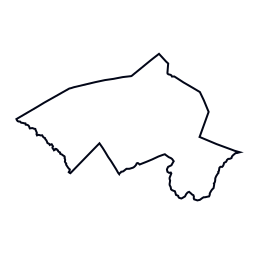 outline of Jenipapo dos Vieiras, Maranhão, Brazil, rotated 89°
{"feature_id": "56859067B54788790955635", "entity_name": "Jenipapo dos Vieiras", "entity_type": "district", "adm_level": 2, "iso_a3": "BRA", "parent_name": "Brazil", "parent_adm1": "Maranhão", "projection": "orthographic", "projection_center": [-45.494, -5.415], "detail": "fine", "context": "isolated", "style": "outline", "palette": "ink", "viewbox_px": 256, "rotation_deg": 89, "n_neighbors": 0, "source": "geoboundaries", "source_scale": "gbopen_adm2", "svg_char_len": 2932}
<svg xmlns="http://www.w3.org/2000/svg" viewBox="0 0 256 256"><g transform="rotate(89 128 128)"><path d="M200.5,63.1L201.0,61.6L201.6,59.9L201.1,57.4L199.4,55.0L198.6,53.7L198.6,52.3L198.2,50.3L198.0,49.3L197.8,48.1L196.1,47.4L194.9,47.4L192.7,46.2L191.4,45.3L190.7,44.7L189.6,43.5L186.0,42.8L184.9,43.1L184.3,42.4L183.4,42.1L182.4,41.8L181.3,41.7L179.8,41.6L178.6,41.1L177.4,40.5L176.5,39.9L175.3,39.1L174.4,38.3L173.5,38.6L172.4,37.8L171.0,37.6L169.4,37.3L168.4,36.3L168.5,34.5L167.5,33.6L166.2,33.0L164.6,32.6L164.1,31.8L163.6,30.6L162.6,30.0L161.7,29.6L160.6,28.3L160.6,26.8L159.9,25.1L158.2,24.5L157.1,23.5L155.0,20.9L154.9,19.4L154.4,17.5L154.2,16.6L152.6,21.9L151.7,24.1L145.6,39.8L138.2,56.6L136.7,56.0L113.3,47.1L101.6,51.7L94.4,55.0L93.3,55.5L88.9,62.6L83.4,71.7L81.7,74.2L78.0,79.7L77.3,80.8L77.3,83.2L76.2,83.7L75.6,84.5L75.0,86.7L74.3,87.5L73.4,87.6L64.2,86.7L62.2,88.8L54.4,95.7L58.5,101.2L60.4,103.7L74.2,121.2L75.8,123.2L76.2,124.0L77.0,132.3L78.1,138.7L78.6,141.5L79.7,150.2L81.6,160.0L86.3,181.5L87.1,184.1L87.5,186.0L101.3,211.5L104.7,217.3L117.1,239.4L118.1,239.0L119.2,238.2L119.6,237.2L119.7,235.8L120.8,234.8L121.0,233.8L121.1,233.0L121.5,231.7L121.6,230.5L122.9,230.2L123.0,229.0L123.6,227.7L124.6,226.9L125.6,226.6L126.7,226.2L126.5,224.7L126.4,223.7L126.7,222.8L127.1,221.9L127.3,220.7L128.6,220.3L130.0,219.7L131.4,219.2L132.5,219.6L133.8,219.1L133.3,217.7L133.5,216.7L133.9,215.5L133.8,213.9L135.3,213.1L136.1,212.3L136.7,211.1L137.9,210.8L138.8,209.9L139.9,209.4L141.6,208.8L142.5,207.1L143.6,206.5L143.1,205.5L142.9,204.6L144.0,204.0L145.0,203.3L146.2,203.9L147.2,203.6L147.9,202.9L149.0,202.4L148.5,201.4L147.6,201.0L147.8,199.8L148.6,199.3L149.2,198.4L150.1,198.2L150.8,197.3L151.3,196.3L152.5,196.3L153.0,195.4L153.5,194.3L154.4,193.3L155.1,192.1L156.0,191.7L156.9,192.0L158.1,191.5L159.1,191.4L160.3,191.7L161.4,191.3L162.4,190.4L163.6,190.5L165.2,189.5L166.6,188.6L167.6,187.8L168.4,186.9L169.9,187.2L171.1,188.0L171.8,187.2L172.2,186.4L151.7,165.8L149.7,163.8L142.8,156.8L147.6,153.6L151.6,151.2L156.5,148.4L161.0,145.4L169.0,140.6L172.7,138.6L174.0,137.6L173.1,137.2L172.5,136.2L171.6,135.5L171.5,134.4L171.2,133.4L170.4,132.4L169.8,131.6L168.8,130.3L168.8,128.4L168.8,127.4L168.5,126.2L168.1,124.9L167.8,123.8L167.1,122.6L166.2,121.6L164.9,120.5L163.5,119.9L163.2,118.8L164.0,117.7L164.7,117.0L162.0,109.8L159.9,104.5L157.0,98.0L155.4,93.4L154.9,91.6L155.5,90.9L157.9,87.7L158.8,85.7L159.8,84.4L162.0,82.9L165.0,84.7L166.0,85.2L166.5,86.3L166.9,87.1L167.5,88.5L169.3,89.5L170.3,89.8L172.5,89.3L173.6,87.6L173.3,86.0L174.2,85.5L178.6,87.3L179.7,87.3L181.3,86.8L183.1,87.1L184.8,87.4L185.9,87.3L187.7,86.4L190.1,86.0L191.0,84.9L192.1,82.2L194.1,81.6L195.7,81.2L196.3,79.8L196.7,79.0L197.7,78.8L198.7,78.1L199.4,75.9L199.0,75.0L197.4,72.2L195.0,70.9L193.5,69.5L192.9,68.0L194.5,66.2L195.7,65.0L196.3,63.8L197.8,63.3L199.3,63.5L200.5,63.1Z" fill="none" stroke="#020617" stroke-width="2"/></g></svg>